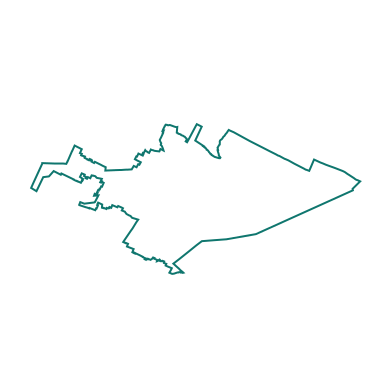 Calimaya, México, Mexico, rotated 205°
{"feature_id": "50627088B64633993276422", "entity_name": "Calimaya", "entity_type": "district", "adm_level": 2, "iso_a3": "MEX", "parent_name": "Mexico", "parent_adm1": "México", "projection": "orthographic", "projection_center": [-99.619, 19.169], "detail": "fine", "context": "isolated", "style": "outline", "palette": "teal", "viewbox_px": 384, "rotation_deg": 205, "n_neighbors": 0, "source": "geoboundaries", "source_scale": "gbopen_adm2", "svg_char_len": 5778}
<svg xmlns="http://www.w3.org/2000/svg" viewBox="0 0 384 384"><g transform="rotate(205 192 192)"><path d="M233.2,117.6L230.5,117.6L230.5,117.9L228.1,118.0L227.9,115.1L220.8,115.6L220.6,112.2L218.9,112.1L219.0,112.7L218.4,112.7L218.3,112.1L217.0,112.2L216.9,112.6L213.0,112.6L210.2,112.5L209.2,112.5L209.1,112.2L208.0,112.2L206.7,112.2L206.6,111.1L205.1,111.1L205.2,112.3L203.7,112.3L203.7,112.9L200.9,113.0L200.0,114.5L199.8,115.3L199.6,116.2L198.0,116.3L197.9,115.6L194.7,115.7L194.6,115.0L194.5,114.4L194.1,114.8L194.0,115.6L193.1,116.7L192.9,117.1L192.6,117.0L192.5,115.9L191.0,116.1L190.9,116.5L189.6,116.7L189.5,117.2L187.8,117.3L187.4,115.8L184.9,116.0L184.8,114.2L182.2,114.2L180.6,114.3L178.1,114.4L178.1,112.7L178.4,109.3L175.4,109.4L174.9,109.7L173.8,110.4L171.2,112.9L170.1,113.4L169.9,113.9L168.9,114.3L168.2,114.2L167.9,114.5L167.4,114.6L166.6,114.7L166.2,114.8L165.7,115.2L166.6,115.5L169.7,116.3L171.4,117.0L174.1,117.8L178.6,119.2L175.2,125.8L169.7,136.9L165.4,145.7L162.3,151.6L151.5,157.7L140.8,163.7L116.3,180.8L46.9,261.5L47.8,262.7L44.1,272.7L45.5,272.7L46.7,272.7L48.3,272.5L49.8,272.7L51.0,273.0L55.9,273.7L57.3,273.9L58.4,274.0L60.1,274.3L61.5,274.6L63.1,274.7L64.4,274.7L72.0,274.2L74.5,274.0L78.7,273.6L82.2,273.3L85.5,273.2L88.0,273.0L89.1,273.0L90.8,273.0L95.1,273.0L94.8,264.7L94.7,260.7L97.5,260.5L98.5,260.3L100.5,260.5L111.2,260.9L118.0,261.4L121.4,261.3L122.0,261.2L128.1,261.6L129.3,261.4L131.8,261.6L139.0,261.8L146.8,262.1L161.3,262.6L179.5,263.8L183.7,263.7L184.9,263.8L185.2,262.5L185.3,262.0L185.3,261.7L185.5,260.3L186.0,258.7L186.3,256.6L186.5,256.1L186.9,255.4L187.1,253.5L187.3,252.7L187.4,252.3L187.8,251.7L188.2,250.9L188.3,250.2L188.2,249.5L187.8,248.8L187.2,247.4L186.9,246.7L187.3,245.9L187.4,244.4L187.4,243.8L187.6,243.1L186.3,241.3L186.7,241.2L186.6,240.8L185.7,239.7L183.6,237.4L183.1,236.4L180.8,235.2L180.9,234.5L181.7,234.1L183.5,233.8L185.8,233.5L186.1,233.4L186.3,233.4L186.6,233.5L186.9,233.5L187.9,233.5L188.2,233.7L189.2,233.9L189.5,233.8L189.8,233.7L190.0,234.0L190.3,234.2L190.6,234.4L190.9,234.5L191.1,234.4L191.4,234.3L191.5,234.3L191.9,234.6L192.0,234.7L192.3,234.9L192.8,235.1L193.0,235.2L193.4,235.3L193.7,235.6L193.9,235.7L194.5,236.0L194.8,236.2L195.5,236.5L196.1,236.7L196.3,236.7L196.6,236.5L196.9,236.8L197.2,237.0L197.3,237.1L197.5,237.3L198.4,237.6L198.5,237.7L198.8,237.6L199.0,237.6L199.4,237.7L199.7,237.8L199.9,237.8L200.1,238.0L200.4,238.2L200.6,238.2L200.8,238.2L200.6,238.5L210.8,240.0L210.8,250.6L210.8,252.4L210.8,255.3L212.9,255.4L216.3,255.5L216.5,252.7L217.3,237.5L217.5,235.0L219.1,235.2L218.9,237.6L219.0,237.7L219.5,238.1L219.8,238.1L220.4,238.4L220.8,238.5L221.3,238.7L221.8,239.0L223.0,239.0L223.7,239.2L223.9,239.2L224.4,239.1L225.0,239.1L225.6,239.0L225.8,239.1L226.1,239.1L226.6,239.4L227.0,239.3L227.7,239.3L228.4,239.1L228.9,239.1L229.3,239.3L229.7,239.2L230.0,239.1L230.4,239.4L230.9,239.4L232.8,244.6L233.0,244.4L233.6,244.2L234.4,244.0L235.6,243.8L237.0,243.7L239.2,243.5L240.1,243.4L240.7,243.2L241.2,242.8L241.9,242.3L242.9,242.3L243.5,242.1L244.2,242.0L244.4,241.7L244.3,241.2L244.3,240.9L244.4,240.4L244.6,240.0L244.5,239.0L244.6,237.8L244.6,236.0L244.5,234.7L244.1,234.8L243.6,235.3L243.5,233.2L243.1,233.2L243.1,228.5L243.2,226.0L243.2,225.5L241.7,224.0L240.5,223.2L240.3,221.5L239.9,221.3L239.1,221.1L238.6,220.8L237.1,219.4L236.1,218.4L235.3,217.5L235.6,217.5L236.3,217.6L237.2,217.6L238.0,217.6L238.8,217.6L238.7,215.0L238.8,214.9L239.3,214.8L241.7,214.0L243.3,213.5L244.1,213.4L244.9,213.4L245.6,213.2L246.8,213.0L247.2,213.1L247.4,209.3L248.0,209.3L248.9,209.3L249.2,209.5L249.9,209.6L251.2,209.6L251.5,209.9L252.1,210.2L252.2,206.7L253.0,206.7L253.0,205.7L252.0,205.7L252.0,204.2L256.8,204.2L256.8,201.0L257.4,201.0L257.5,200.9L257.6,197.6L255.0,197.4L251.0,197.3L251.2,194.5L252.5,194.5L252.7,191.0L255.8,191.0L256.2,187.0L259.3,185.3L261.9,184.0L265.5,182.0L268.4,180.6L279.6,174.8L280.7,178.0L284.6,178.0L285.1,178.1L292.8,178.3L293.0,176.9L296.0,177.1L296.0,178.1L296.8,178.1L296.8,178.7L298.5,178.7L298.4,177.7L298.9,177.7L298.9,177.2L300.4,177.2L300.4,177.5L303.8,177.5L304.0,177.7L304.0,178.9L305.9,178.7L306.9,178.4L308.0,178.4L308.0,180.0L310.0,179.9L310.0,184.2L318.0,184.5L317.9,178.5L318.0,178.4L317.7,167.2L317.8,167.2L317.8,164.6L317.8,164.4L320.9,163.3L327.7,160.1L339.9,154.9L339.7,154.5L339.6,132.6L339.5,127.7L333.3,127.0L333.1,142.6L328.5,145.5L328.2,145.8L326.2,152.5L318.2,152.2L318.2,153.6L304.6,153.4L304.6,153.2L302.7,153.1L300.3,153.2L300.4,153.4L296.6,153.4L296.6,155.1L296.3,155.2L296.3,155.9L296.1,155.9L296.0,156.8L296.7,156.8L296.6,157.8L299.9,158.3L299.8,162.3L296.6,162.4L296.6,160.9L294.4,160.9L294.4,159.6L293.0,159.6L293.0,159.9L292.7,159.9L292.6,161.5L290.0,161.5L290.0,164.7L289.8,164.8L289.4,164.7L289.1,164.8L288.8,164.9L288.6,165.0L288.5,164.9L287.8,165.2L287.1,165.3L286.2,165.4L285.3,165.0L285.0,164.8L284.7,164.7L284.1,164.6L282.6,165.0L279.3,165.8L279.3,162.0L278.4,162.1L278.5,163.7L278.0,163.7L277.9,163.1L275.9,163.0L275.8,158.8L276.7,158.7L276.7,155.6L277.2,155.6L277.1,154.0L277.9,154.0L277.9,151.5L277.2,151.5L277.1,149.5L279.4,149.3L279.2,147.2L275.4,149.4L275.7,142.1L275.8,142.1L276.2,141.2L284.7,135.9L289.0,135.6L288.8,132.6L288.7,132.5L285.2,132.9L281.9,133.3L280.2,133.6L278.2,133.7L278.2,134.2L272.0,134.6L272.0,136.6L271.5,136.6L271.5,138.9L271.6,139.9L272.2,139.9L272.2,141.2L272.6,141.2L272.6,142.7L268.1,142.7L267.0,139.7L265.2,140.0L265.2,140.3L262.5,140.4L262.6,141.5L261.2,141.6L261.0,142.6L260.0,142.6L260.1,143.6L258.5,143.6L258.7,146.4L253.2,146.6L253.0,148.1L249.1,148.2L247.7,148.1L247.8,145.6L244.5,145.8L244.1,145.5L242.1,144.4L239.1,144.2L237.6,144.3L235.4,143.3L229.1,144.2L229.7,140.9L230.5,133.8L231.1,130.6L232.8,120.3L233.2,117.6Z" fill="none" stroke="#0f766e" stroke-width="2"/></g></svg>